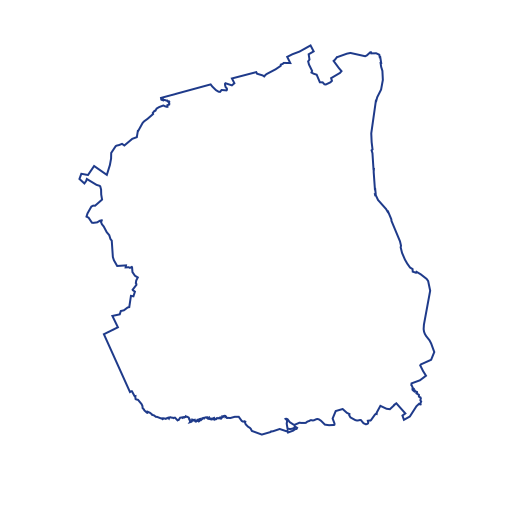 Remtes pag., Brocenu, Latvia, rotated 257°
{"feature_id": "27541924B53192236746311", "entity_name": "Remtes pag.", "entity_type": "district", "adm_level": 2, "iso_a3": "LVA", "parent_name": "Latvia", "parent_adm1": "Brocenu", "projection": "orthographic", "projection_center": [22.675, 56.753], "detail": "fine", "context": "isolated", "style": "outline", "palette": "blue", "viewbox_px": 512, "rotation_deg": 257, "n_neighbors": 0, "source": "geoboundaries", "source_scale": "gbopen_adm2", "svg_char_len": 6044}
<svg xmlns="http://www.w3.org/2000/svg" viewBox="0 0 512 512"><g transform="rotate(257 256 256)"><path d="M76.2,285.2L74.7,289.1L73.8,294.1L74.0,294.5L75.1,294.8L80.4,294.1L87.0,298.8L87.4,306.0L82.7,309.3L81.0,311.5L79.9,311.0L77.5,311.7L73.8,315.8L73.1,317.1L72.8,318.2L72.8,320.5L72.5,321.3L68.9,323.1L67.3,325.2L67.3,326.2L67.7,327.5L68.5,327.9L70.3,327.9L70.2,329.3L69.9,330.5L70.1,331.0L74.6,336.1L75.3,337.3L74.9,338.0L76.5,338.6L82.0,343.5L77.8,348.8L76.6,352.0L79.6,357.2L79.9,357.2L80.9,359.6L69.0,366.1L67.6,362.8L63.1,363.3L65.0,369.8L73.5,378.5L75.3,381.6L74.4,382.6L74.4,383.0L75.6,383.1L77.0,384.2L78.5,383.7L80.3,384.6L81.3,384.4L81.6,383.7L82.4,383.1L84.1,383.5L86.1,381.4L86.4,381.5L86.3,382.2L87.3,382.3L88.3,380.8L89.1,380.5L88.6,379.9L89.4,379.7L89.3,379.1L90.5,378.4L90.9,378.5L90.6,379.0L91.3,379.7L91.7,379.2L94.9,378.6L95.3,378.3L96.9,378.9L98.0,387.7L101.1,394.7L106.3,392.9L112.5,391.4L113.3,392.3L115.5,403.3L122.3,408.1L131.3,407.0L134.8,406.1L139.6,403.8L142.1,403.0L144.5,402.7L147.1,402.9L151.4,404.2L183.0,417.9L192.9,418.1L195.3,417.1L201.1,412.4L204.5,408.8L203.7,408.1L205.5,405.2L208.1,405.6L210.1,403.5L214.7,401.6L219.0,400.3L226.2,399.0L231.9,398.9L233.4,399.6L237.9,399.6L259.7,395.9L261.4,396.1L269.5,394.7L269.3,394.3L272.5,393.3L283.1,387.5L288.2,386.4L288.3,385.8L289.6,385.8L289.6,386.6L294.4,387.2L294.4,386.9L311.6,389.6L314.1,390.4L314.1,390.0L330.0,392.6L333.0,392.4L333.6,393.5L341.0,394.3L349.6,395.9L380.2,407.7L380.0,408.0L383.4,409.8L390.0,415.3L399.0,419.2L407.9,420.8L412.2,420.5L416.0,420.8L415.9,421.4L421.9,421.8L421.9,421.3L424.4,421.4L426.5,418.7L427.5,413.9L428.6,413.9L428.8,413.2L426.5,409.1L426.1,407.3L432.6,393.7L432.7,390.2L431.5,379.9L431.6,379.7L429.5,377.1L428.6,375.5L420.5,379.0L416.9,380.9L415.5,379.0L412.4,369.2L409.6,369.4L408.5,367.6L407.4,362.6L407.9,361.3L410.2,360.0L410.9,357.3L419.0,355.9L420.7,353.1L422.3,351.3L423.7,352.3L430.6,350.7L433.9,350.6L435.4,352.3L440.7,352.7L442.4,358.2L448.9,356.5L445.4,344.4L444.4,336.9L443.0,331.2L436.3,332.8L437.9,326.4L437.2,325.3L436.9,323.2L435.7,322.8L433.5,317.1L431.0,307.6L430.4,306.1L429.1,304.4L430.4,303.2L433.4,298.0L435.1,297.6L434.4,272.5L429.2,273.8L427.7,270.9L431.2,265.1L430.7,264.5L429.2,264.3L427.4,264.4L425.8,265.3L424.5,265.1L424.0,264.5L425.5,259.8L424.0,257.9L424.5,256.5L426.6,254.3L431.0,251.5L433.4,250.4L431.4,199.0L429.7,198.9L429.0,199.7L429.5,200.7L428.5,201.0L428.7,201.7L428.6,202.1L427.6,203.6L427.5,204.4L426.5,204.7L426.4,205.9L425.7,206.2L424.9,205.6L423.8,205.8L423.1,205.5L422.9,203.6L421.3,203.3L421.4,202.7L422.3,201.1L423.5,199.6L422.9,195.1L422.0,192.3L420.1,190.6L420.3,189.8L418.6,187.6L417.5,187.7L414.0,181.1L412.4,177.3L411.2,175.5L404.3,169.3L404.4,169.0L398.6,166.6L398.0,161.8L393.3,152.6L395.4,150.7L394.9,147.5L394.9,145.1L394.6,144.0L389.0,138.1L383.5,136.7L377.5,134.1L368.6,128.9L380.1,118.5L372.7,110.5L375.4,104.3L370.8,101.3L365.3,105.1L367.3,107.4L369.1,108.5L361.2,116.6L359.5,119.5L358.8,119.9L355.6,120.0L350.7,119.0L345.6,118.7L341.2,110.5L341.7,108.7L341.2,106.7L335.4,101.4L332.5,99.7L331.0,101.5L325.4,103.6L324.9,104.8L324.5,108.8L325.5,111.8L325.5,113.7L325.2,113.7L324.1,112.6L321.6,113.0L318.9,114.3L312.8,115.9L309.3,117.7L305.3,118.0L303.4,118.9L287.2,116.3L283.8,116.6L277.5,118.5L276.1,127.2L274.2,126.4L273.7,129.4L272.8,130.5L273.3,132.5L272.9,132.7L268.1,132.0L264.0,133.6L261.7,136.0L259.1,133.8L256.6,132.8L256.1,133.1L254.8,133.0L250.9,128.2L250.4,128.3L248.5,130.0L244.3,127.5L245.3,125.2L234.7,121.0L234.7,119.3L232.8,115.1L232.8,111.9L229.8,110.1L229.9,102.6L217.6,105.4L214.0,90.2L151.8,102.6L152.3,104.0L152.1,104.7L146.9,106.1L146.6,106.4L146.6,107.0L145.3,106.6L143.7,106.5L143.2,107.0L142.4,108.7L137.4,111.2L135.4,111.6L133.3,111.3L131.5,112.4L130.8,112.4L127.8,114.5L127.6,114.8L127.8,115.2L128.6,115.4L127.1,117.4L125.2,118.9L124.6,119.0L123.7,120.7L121.8,122.3L121.5,123.4L119.2,126.8L119.0,127.8L118.8,127.6L118.0,128.3L118.5,129.5L118.2,130.6L117.7,131.1L117.9,131.9L117.7,132.3L118.0,132.5L118.2,133.7L118.2,134.1L117.2,134.6L118.2,135.3L118.0,136.0L118.1,136.5L117.6,137.1L117.1,138.6L116.6,139.1L116.8,139.8L116.7,140.7L113.5,142.6L113.7,143.1L113.6,143.7L115.5,145.7L115.4,147.3L114.8,148.0L115.3,148.5L114.9,149.2L115.2,149.5L114.9,149.9L115.2,150.3L115.0,150.9L115.6,151.5L115.0,151.9L115.0,152.5L113.8,154.0L112.9,154.3L112.3,154.1L111.6,154.7L111.1,154.4L109.4,154.7L108.9,154.2L109.0,155.5L109.5,155.9L109.4,156.3L111.0,157.0L110.4,158.1L109.8,158.0L109.7,158.3L110.2,158.8L110.2,159.4L109.6,159.3L109.3,159.8L108.5,159.7L108.1,160.2L108.5,161.1L109.6,162.1L109.5,162.6L108.4,162.2L108.3,162.7L107.7,163.0L107.8,163.4L108.4,163.7L108.4,164.5L108.8,164.3L109.8,164.4L109.8,165.0L109.5,164.9L109.3,165.5L108.8,165.9L109.3,167.1L110.0,167.4L110.0,168.7L109.6,168.9L110.0,169.3L109.9,169.7L110.1,171.0L109.1,171.9L109.8,172.0L109.8,172.3L108.9,172.8L109.2,173.8L107.9,173.6L107.7,174.0L108.1,174.1L107.9,174.6L108.0,175.0L107.7,175.5L107.0,175.3L106.8,175.6L107.5,176.6L107.4,177.2L106.4,177.5L106.4,177.9L107.6,178.3L107.7,178.8L106.0,179.2L106.2,179.5L106.0,180.5L106.8,181.2L106.4,182.2L106.7,182.6L106.2,183.3L106.3,183.8L106.1,184.0L106.4,184.7L105.5,185.0L105.4,185.5L105.8,185.8L106.1,185.3L106.6,185.3L106.3,185.9L106.3,186.8L106.4,187.1L106.8,186.8L107.3,187.0L106.9,187.7L107.3,187.9L107.4,189.4L107.1,190.1L105.9,189.9L105.9,190.8L104.8,191.1L104.6,191.5L104.6,192.3L103.9,194.5L104.1,199.2L103.2,203.0L98.5,205.0L97.6,206.0L97.4,206.8L97.6,207.5L97.0,208.3L96.2,207.8L94.3,208.1L91.5,209.8L90.0,211.3L88.9,212.0L86.5,212.6L80.7,221.5L81.2,230.6L81.7,231.2L81.4,232.9L82.1,240.2L78.3,246.4L78.9,247.4L76.8,247.5L77.5,253.0L78.4,255.0L78.4,256.6L79.3,257.4L81.2,255.5L79.8,254.4L79.6,252.2L79.7,250.2L80.8,247.9L85.8,248.2L88.7,249.4L90.6,248.2L90.7,248.7L89.9,250.0L86.5,251.5L83.0,254.9L82.9,256.0L83.8,260.9L83.2,262.4L82.2,266.9L83.1,268.8L83.3,270.9L83.7,272.0L83.7,272.7L83.0,274.3L82.9,275.4L83.4,278.0L83.4,279.1L82.7,280.5L80.8,282.3L76.2,285.2Z" fill="none" stroke="#1e3a8a" stroke-width="2"/></g></svg>